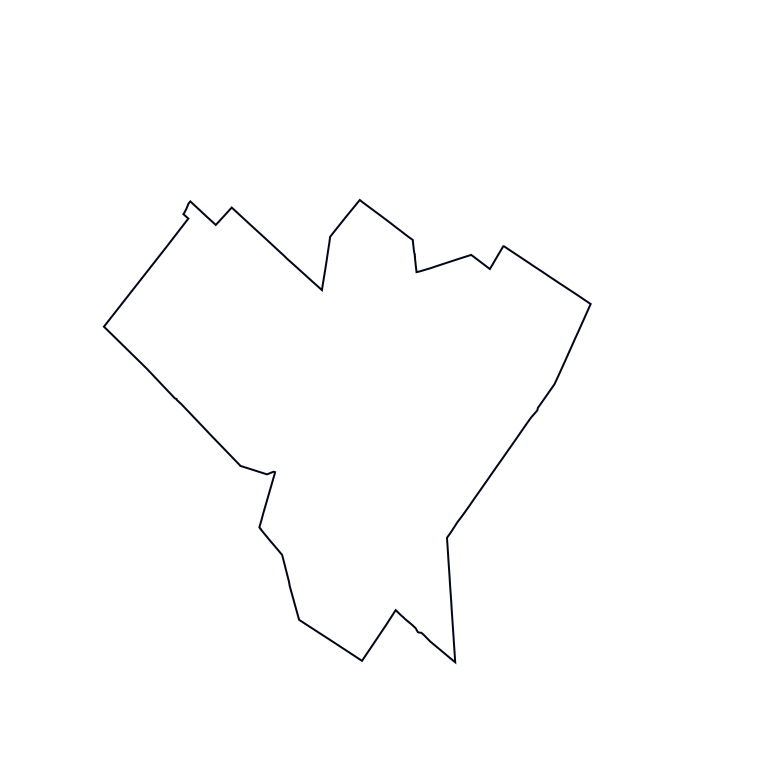 the district of Teremia Mare, Timis, Romania, rotated 232°
{"feature_id": "2599482B72352087772427", "entity_name": "Teremia Mare", "entity_type": "district", "adm_level": 2, "iso_a3": "ROU", "parent_name": "Romania", "parent_adm1": "Timis", "projection": "albers", "projection_center": [20.537, 45.943], "detail": "fine", "context": "isolated", "style": "outline", "palette": "ink", "viewbox_px": 768, "rotation_deg": 232, "n_neighbors": 0, "source": "geoboundaries", "source_scale": "gbopen_adm2", "svg_char_len": 2374}
<svg xmlns="http://www.w3.org/2000/svg" viewBox="0 0 768 768"><g transform="rotate(232 384 384)"><path d="M616.8,372.6L615.1,362.8L612.9,349.4L623.4,347.6L647.1,343.8L646.6,341.2L643.7,336.2L643.5,335.7L641.8,331.9L641.3,330.5L639.6,330.8L634.8,331.7L631.8,319.8L626.1,297.6L610.0,232.5L601.6,198.6L542.2,206.5L516.8,208.9L501.2,210.4L500.0,211.3L499.0,210.9L492.8,211.9L480.9,213.1L472.6,213.9L448.7,216.2L409.0,220.4L407.9,220.4L384.8,236.2L382.9,242.9L381.6,243.9L380.1,242.0L356.6,209.5L351.4,202.6L349.0,199.2L347.7,197.5L345.4,197.6L345.4,197.4L328.4,197.8L328.1,197.9L312.0,198.5L286.7,187.4L282.8,185.3L250.4,171.9L210.1,185.8L179.4,196.2L184.9,213.2L193.0,237.9L198.6,254.0L191.1,255.0L188.5,255.6L185.8,255.9L176.7,257.9L172.0,258.6L167.7,257.9L166.9,258.3L165.1,260.1L164.3,260.4L161.6,260.9L152.6,261.9L145.2,263.5L126.1,267.6L120.9,268.8L127.5,273.3L134.7,278.2L142.2,283.3L149.3,288.1L156.5,293.0L163.6,297.8L171.0,302.9L178.1,307.7L184.8,312.2L191.3,316.7L198.1,321.3L204.9,325.9L211.6,330.5L216.0,333.5L224.0,338.9L226.0,345.5L227.7,350.5L229.8,356.4L231.2,361.7L232.6,366.8L235.4,376.2L238.4,385.6L239.1,388.0L242.1,397.9L245.6,409.3L249.0,420.3L252.1,430.6L255.0,440.0L258.6,451.9L261.4,460.8L265.2,473.1L267.0,479.1L268.8,488.5L270.5,490.7L272.2,496.4L274.3,503.3L276.7,511.1L278.9,518.3L284.7,529.6L288.9,537.6L291.2,542.0L294.2,547.6L299.0,556.7L301.3,561.0L302.1,562.5L305.6,569.3L309.2,576.1L312.9,583.1L316.3,589.5L319.8,596.1L328.0,593.4L335.8,590.9L343.8,588.2L352.0,585.4L359.2,583.0L366.7,580.5L374.5,578.0L384.2,574.7L391.3,572.4L397.6,570.3L404.3,568.1L411.1,565.8L418.4,563.4L419.1,562.8L415.4,553.3L411.8,544.3L409.4,538.2L416.7,536.3L425.7,533.9L432.1,532.2L432.4,531.2L434.8,524.8L437.5,517.4L440.0,510.5L442.7,503.0L445.3,495.8L446.7,491.7L448.1,488.2L450.8,481.3L452.1,478.5L457.7,481.9L465.2,486.6L465.2,486.8L466.8,487.6L466.9,488.0L467.7,488.2L468.7,488.6L469.8,489.2L470.7,489.7L478.5,494.5L479.7,495.4L485.8,493.6L492.9,491.8L498.9,490.2L509.9,487.4L519.5,484.8L529.6,482.0L540.5,479.0L543.9,478.2L542.5,472.0L541.9,469.4L539.6,459.0L536.9,447.7L534.4,437.2L533.1,432.1L527.9,426.8L524.0,422.6L514.6,412.7L511.6,409.5L499.5,396.4L496.2,392.9L504.2,391.5L508.5,390.7L529.9,387.0L542.5,384.7L547.3,384.1L550.7,383.5L564.4,381.3L571.8,380.1L593.0,376.5L614.0,373.1L616.8,372.6Z" fill="none" stroke="#020617" stroke-width="2"/></g></svg>